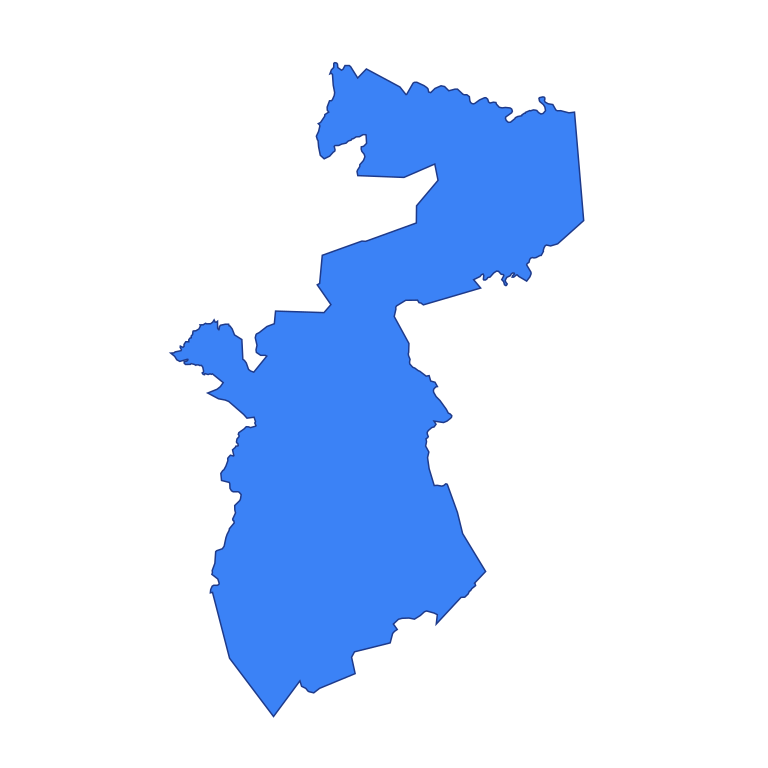 outline of Santa Catarina Juquila, Oaxaca, Mexico, rotated 356°
{"feature_id": "50627088B71365052188034", "entity_name": "Santa Catarina Juquila", "entity_type": "district", "adm_level": 2, "iso_a3": "MEX", "parent_name": "Mexico", "parent_adm1": "Oaxaca", "projection": "mercator", "projection_center": [-97.307, 16.18], "detail": "fine", "context": "isolated", "style": "filled", "palette": "blue", "viewbox_px": 768, "rotation_deg": 356, "n_neighbors": 0, "source": "geoboundaries", "source_scale": "gbopen_adm2", "svg_char_len": 6131}
<svg xmlns="http://www.w3.org/2000/svg" viewBox="0 0 768 768"><g transform="rotate(356 384 384)"><path d="M594.6,234.9L593.0,126.1L587.4,126.4L579.4,123.7L575.9,123.5L574.6,122.7L571.9,117.0L567.3,115.9L564.4,114.0L563.8,112.3L564.4,111.0L564.3,109.6L563.6,108.9L562.2,108.7L559.1,109.2L558.5,109.8L558.8,112.4L559.3,113.3L562.5,116.4L563.8,118.9L564.2,122.6L561.6,125.2L559.4,125.6L557.1,124.0L555.5,121.8L553.9,121.3L552.1,121.0L549.3,121.7L548.5,121.4L544.1,122.9L543.8,123.7L542.9,123.7L540.3,125.2L540.1,126.0L536.0,126.5L533.6,127.5L533.1,128.4L528.4,131.7L526.2,131.6L524.3,129.6L523.7,127.4L524.1,126.1L530.3,122.3L531.1,120.8L530.6,118.7L529.4,117.6L528.4,117.3L524.4,116.6L521.2,116.8L518.3,116.0L515.7,112.7L515.3,111.0L512.8,110.5L509.4,111.1L508.0,110.0L507.3,107.1L505.6,105.5L504.1,105.5L499.1,107.3L494.4,110.3L493.0,110.8L491.3,110.4L490.0,109.2L489.4,107.4L489.2,103.3L486.8,101.2L484.2,101.1L482.9,100.4L477.9,95.0L475.4,94.8L469.1,96.0L465.2,91.5L461.7,90.5L455.5,92.7L450.9,96.6L448.9,95.8L448.5,92.7L447.4,91.3L444.7,89.1L437.8,85.3L435.3,85.2L434.0,85.9L426.8,96.7L426.1,96.8L420.6,88.8L388.4,68.5L379.1,76.9L372.9,65.2L371.6,63.9L367.3,63.6L365.1,67.1L363.5,68.0L360.0,65.1L359.9,61.6L359.1,60.5L357.3,60.0L356.3,60.6L355.9,64.7L353.4,67.0L351.7,70.8L353.0,70.3L354.2,71.6L354.2,82.4L355.1,89.8L354.5,92.7L352.4,96.7L351.4,97.7L349.4,97.7L346.6,103.8L346.5,106.9L347.8,108.9L343.8,111.1L343.5,112.8L338.9,118.7L336.6,119.7L337.8,121.0L338.0,122.2L336.4,127.4L333.8,132.1L334.6,135.7L335.2,136.5L335.3,142.9L336.4,151.4L340.0,155.2L345.7,152.9L349.4,149.3L351.1,148.3L351.5,147.0L350.9,143.5L351.8,142.7L355.5,142.9L358.6,141.7L362.9,141.1L365.5,139.0L368.1,138.5L369.3,137.2L370.6,137.1L373.5,135.5L376.8,135.6L380.4,133.8L382.9,134.0L383.5,134.3L383.4,142.7L380.2,145.5L377.9,145.8L377.6,148.0L378.1,150.3L380.3,153.5L380.8,156.0L379.1,159.6L375.2,163.5L375.0,165.4L372.5,168.8L371.9,170.2L372.4,174.3L418.3,179.3L450.0,168.1L452.1,184.6L428.9,208.5L427.5,225.6L375.6,240.4L371.9,239.9L331.4,251.3L326.8,279.2L324.3,280.4L336.6,301.1L329.1,308.6L280.9,303.7L278.8,316.2L271.2,318.5L263.1,324.0L260.3,325.2L259.7,326.0L258.8,328.9L260.0,336.5L258.7,341.0L258.9,343.6L263.0,346.8L267.5,347.1L269.0,348.0L254.9,363.1L251.8,361.7L249.9,360.0L248.1,353.4L246.4,350.7L244.9,349.5L245.3,329.7L238.3,324.6L236.4,318.5L234.4,315.4L233.5,315.1L233.2,313.5L229.7,313.3L224.9,314.0L223.9,315.3L223.2,318.3L222.8,318.3L221.9,316.8L222.3,309.8L221.1,310.6L219.9,310.5L219.0,308.2L217.4,310.4L215.2,311.8L211.4,311.6L210.2,311.0L207.8,312.3L204.6,312.2L205.0,313.2L203.2,316.2L200.0,317.8L197.4,317.8L197.1,318.3L196.5,321.3L195.0,322.7L195.0,324.4L193.6,324.7L192.4,326.1L192.2,328.3L189.2,328.0L187.3,330.5L187.1,332.6L185.9,333.4L183.5,332.0L183.2,333.1L184.3,335.7L183.8,336.6L177.9,337.4L176.6,338.3L173.4,338.3L177.1,341.8L179.0,345.4L181.9,347.2L189.5,345.6L190.1,345.8L190.0,346.4L188.8,347.5L186.2,347.9L186.2,349.5L187.5,350.7L192.3,350.9L193.0,350.2L196.1,351.2L197.6,352.2L198.0,351.8L200.3,352.0L201.4,352.7L203.2,352.7L204.4,354.6L204.9,358.4L204.7,359.6L203.4,360.3L204.3,361.8L205.6,362.2L205.9,361.3L206.4,361.2L209.2,362.3L211.2,361.7L212.4,362.3L213.5,361.9L223.7,371.4L220.6,375.2L217.1,377.6L207.5,380.7L217.9,387.2L224.4,388.9L227.9,390.6L241.9,404.6L244.9,408.5L252.1,408.1L253.2,412.6L252.4,413.9L253.4,416.7L253.0,417.1L247.8,418.2L245.9,417.3L243.6,417.0L241.2,419.1L235.8,422.4L235.1,424.1L235.8,425.1L235.7,426.4L233.5,428.6L232.8,431.3L232.9,432.3L234.0,433.1L234.3,435.2L234.0,435.6L231.8,435.7L231.3,436.8L228.3,439.1L229.2,445.0L228.7,445.3L225.8,444.3L223.3,446.7L222.9,447.4L222.9,449.6L220.6,454.8L218.3,458.4L217.1,459.1L215.0,461.8L215.2,468.9L222.8,471.4L223.2,472.7L223.1,477.4L224.4,479.9L226.0,481.0L230.9,481.3L232.0,481.9L233.8,484.4L232.8,488.7L232.0,490.2L226.6,494.8L226.4,499.3L226.9,502.2L223.6,508.2L223.9,509.6L224.6,509.9L224.9,512.1L219.7,517.5L219.3,519.2L217.0,523.0L215.6,526.3L213.2,534.7L211.2,537.1L205.5,538.6L204.4,539.5L202.8,551.0L199.6,558.1L199.7,560.3L199.0,561.9L204.6,566.9L205.7,571.4L205.3,572.3L203.9,573.2L200.1,572.9L198.5,573.7L196.8,576.9L196.2,580.2L198.4,579.9L210.8,646.8L250.6,708.0L279.4,674.3L280.7,679.8L284.8,682.2L286.6,684.9L287.7,685.7L292.4,687.2L298.5,683.1L335.0,670.9L332.6,654.3L335.9,649.1L372.1,642.7L375.2,633.5L377.2,631.5L380.1,629.8L376.6,624.1L382.0,619.7L385.7,619.0L392.6,619.2L398.0,620.7L404.2,617.4L408.5,614.0L410.7,613.4L418.0,616.0L421.1,617.8L419.4,627.1L446.0,602.2L449.7,602.3L453.3,599.3L454.7,596.7L455.9,596.2L457.4,594.2L461.3,591.5L460.9,589.4L460.4,589.0L472.3,578.1L452.0,538.7L448.3,517.3L440.3,489.1L439.8,488.2L438.6,487.9L436.4,489.5L434.5,489.9L430.1,488.8L427.0,488.8L423.1,471.6L422.3,460.5L424.0,455.0L421.2,448.8L422.4,444.5L422.1,441.6L423.9,440.5L424.5,439.5L423.7,436.9L423.7,435.2L425.0,433.5L428.6,430.8L431.0,430.3L433.1,427.8L431.3,424.5L440.7,426.6L444.3,425.4L448.2,422.7L449.1,421.7L449.4,420.3L447.8,418.4L446.1,417.5L444.4,413.6L438.7,404.4L435.1,400.2L432.9,395.6L432.9,393.5L433.5,392.3L435.5,390.5L437.1,390.3L435.0,385.8L430.8,384.3L429.6,378.8L426.6,379.1L420.6,373.8L419.0,373.0L415.9,370.3L413.8,369.3L411.1,365.8L411.0,363.9L411.7,361.2L410.5,357.6L410.3,355.6L410.8,354.2L411.7,345.3L398.9,317.4L401.1,310.1L401.0,308.5L401.9,307.0L411.5,302.0L423.3,302.7L424.6,305.3L426.5,305.8L428.8,307.8L487.1,295.0L480.7,286.2L487.3,283.5L488.8,281.8L490.5,281.2L491.1,282.7L490.4,286.5L490.8,287.2L492.5,287.3L494.0,286.4L494.9,285.1L497.3,284.7L501.2,280.9L504.2,279.2L506.1,279.6L508.5,282.7L510.8,283.2L511.1,284.3L508.7,288.1L510.5,290.3L511.1,293.4L512.3,294.3L513.0,294.2L513.9,292.8L512.7,291.1L512.1,289.1L513.9,286.2L517.5,284.8L518.7,283.0L520.1,282.2L521.6,282.5L521.8,283.3L519.9,284.9L519.3,286.3L520.9,286.4L523.8,284.4L524.6,284.5L525.8,286.0L533.5,291.3L537.0,287.3L538.4,284.4L538.4,282.7L534.6,275.1L535.3,273.8L537.1,272.8L538.0,270.0L539.1,268.7L540.8,268.2L542.4,268.7L544.5,268.5L548.6,266.7L549.8,266.7L552.3,262.8L552.2,261.8L553.2,259.2L554.4,257.4L555.7,256.7L559.8,257.9L567.0,256.3L594.6,234.9Z" fill="#3b82f6" stroke="#1e3a8a" stroke-width="1.5"/></g></svg>